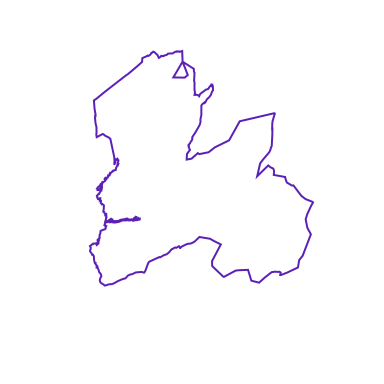 outline of Skien nor, Telemark, Norway, rotated 116°
{"feature_id": "86288312B28765776683305", "entity_name": "Skien nor", "entity_type": "district", "adm_level": 2, "iso_a3": "NOR", "parent_name": "Norway", "parent_adm1": "Telemark", "projection": "robinson", "projection_center": [9.524, 59.266], "detail": "fine", "context": "isolated", "style": "outline", "palette": "violet", "viewbox_px": 384, "rotation_deg": 116, "n_neighbors": 0, "source": "geoboundaries", "source_scale": "gbopen_adm2", "svg_char_len": 6055}
<svg xmlns="http://www.w3.org/2000/svg" viewBox="0 0 384 384"><g transform="rotate(116 192 192)"><path d="M245.6,99.9L245.5,98.9L244.1,92.0L236.8,89.0L230.6,86.0L228.8,85.0L228.2,83.7L227.4,82.9L226.3,80.1L225.3,78.3L225.6,77.0L228.0,76.3L227.8,75.8L222.8,71.2L213.4,63.7L206.2,65.8L200.8,64.6L177.9,66.6L174.0,72.1L172.9,73.2L166.6,77.9L161.5,78.7L152.1,78.9L148.4,78.6L148.0,79.3L148.6,86.7L147.5,92.1L141.6,103.7L142.4,105.0L141.9,110.8L140.2,112.8L137.7,114.9L140.8,126.0L137.4,127.3L135.7,128.7L135.3,129.6L135.4,132.4L134.7,135.1L149.3,140.3L136.4,143.3L132.2,142.5L122.4,140.0L120.0,140.0L117.3,140.5L115.7,140.5L105.1,145.0L100.2,147.3L100.4,147.5L95.9,149.6L93.2,150.6L84.4,152.1L84.8,152.2L107.5,180.1L129.3,181.3L141.8,191.0L149.0,194.5L154.8,202.1L154.5,203.8L162.2,207.0L165.2,211.0L160.0,213.2L155.1,212.3L153.3,214.4L152.8,214.6L152.6,214.9L151.9,215.1L152.1,215.3L151.3,215.8L149.0,215.1L147.2,215.2L146.2,214.8L144.1,215.0L142.6,215.8L136.5,215.0L128.2,214.5L125.6,215.0L124.5,215.4L123.7,216.0L120.3,217.0L119.0,217.2L110.1,221.5L108.5,221.2L107.1,220.6L106.3,220.2L106.7,219.8L106.5,219.6L104.5,219.2L102.4,219.3L99.0,218.0L96.1,217.6L93.5,218.0L91.4,217.7L87.9,219.6L88.2,220.1L86.6,220.8L86.9,221.8L88.3,221.7L89.4,222.3L92.2,222.6L94.0,224.4L99.8,227.4L100.3,227.6L102.8,227.6L102.3,228.8L102.6,230.6L103.2,231.4L103.6,232.3L101.9,232.6L98.4,234.9L92.7,237.6L91.1,238.9L83.7,242.0L83.1,242.9L80.5,244.4L79.0,257.6L69.6,262.6L71.2,264.3L71.5,264.9L71.3,265.3L72.1,266.3L72.1,266.7L72.6,267.3L72.4,267.5L73.7,268.8L75.8,270.0L78.2,274.3L79.6,274.7L80.4,275.4L81.3,276.6L82.3,277.1L82.4,277.8L83.0,278.2L83.1,279.3L85.1,279.9L86.0,280.6L84.0,283.1L82.8,287.0L82.9,288.4L84.2,288.8L84.6,289.4L86.6,289.6L88.2,290.4L89.0,291.1L88.9,291.7L90.4,292.7L93.4,295.3L97.1,293.9L103.6,296.6L114.0,301.2L116.6,302.7L140.9,314.6L150.3,318.9L152.7,320.3L159.9,316.1L165.0,312.4L166.0,312.6L166.2,312.3L166.0,312.1L166.2,311.9L167.6,311.8L168.2,311.5L172.4,308.9L175.6,306.3L180.3,303.9L182.3,303.2L184.5,301.7L179.0,297.7L179.0,296.6L179.5,294.8L179.5,290.4L179.8,289.9L180.0,288.7L194.7,277.2L198.1,275.3L197.9,274.7L197.5,274.4L195.8,274.4L195.9,273.8L194.9,273.5L195.1,273.2L195.8,273.3L195.8,272.0L199.8,271.1L199.4,270.5L200.7,270.4L200.7,270.7L203.6,270.8L205.8,270.2L206.4,271.3L207.2,271.6L207.3,272.0L208.0,272.2L207.9,272.5L210.1,273.1L210.4,273.5L210.8,273.5L210.8,274.0L211.9,274.0L212.4,273.4L213.0,273.4L213.0,273.7L213.7,273.9L213.7,274.1L214.6,274.2L214.5,274.5L215.4,274.2L215.4,274.5L217.9,274.6L217.2,276.0L217.6,276.2L218.7,276.3L219.2,275.4L220.3,275.0L222.0,276.0L221.9,276.3L222.2,276.9L222.7,276.9L223.8,276.7L223.6,276.3L225.3,276.1L225.3,276.4L224.6,276.7L224.5,277.2L225.1,277.3L225.1,277.6L227.8,277.6L227.8,278.1L228.4,278.5L230.6,278.9L230.6,277.8L231.6,277.7L231.3,276.8L230.4,276.8L230.3,276.2L229.8,276.0L226.2,276.0L226.2,275.7L226.7,275.7L226.9,275.0L230.0,274.2L229.8,275.0L230.2,275.1L230.2,274.8L231.6,274.6L234.4,274.7L234.4,275.0L237.1,275.8L237.3,275.3L237.9,275.2L238.2,274.7L238.6,274.7L239.1,273.6L239.6,273.3L239.4,272.6L238.0,272.1L237.8,271.7L239.1,271.3L238.8,271.2L240.5,270.0L240.3,269.8L241.9,269.2L242.0,268.4L242.4,268.0L242.1,267.9L242.1,267.4L242.6,265.3L246.7,263.6L248.1,263.3L248.3,262.7L248.7,262.7L248.7,261.9L249.2,261.6L249.5,260.5L250.5,260.0L249.8,259.6L250.3,259.3L250.0,259.1L251.3,258.4L252.7,258.0L252.6,257.7L256.2,257.1L255.4,255.3L253.2,254.0L252.7,253.5L252.1,253.4L251.7,253.0L251.8,252.9L251.6,252.9L251.6,251.7L252.2,251.7L252.2,251.0L252.4,250.4L252.3,249.4L251.6,247.8L250.1,245.2L248.4,244.2L246.1,240.8L245.1,239.7L245.0,239.2L244.5,239.1L244.3,238.6L244.5,238.5L244.5,237.9L243.9,235.2L242.9,234.2L242.6,233.3L241.9,232.6L241.5,232.6L241.0,232.1L240.5,232.4L240.1,231.7L239.0,231.8L238.9,231.3L240.6,231.5L241.3,231.9L242.0,231.7L241.2,230.4L240.3,229.9L240.1,230.0L240.3,230.2L239.9,230.1L239.6,229.5L239.7,229.2L238.9,228.8L239.0,228.6L239.5,228.7L239.3,228.1L239.6,228.0L238.9,227.2L239.6,226.9L240.1,227.5L240.1,228.2L241.1,228.6L242.3,230.7L243.7,232.3L243.5,233.4L245.4,236.6L245.5,237.5L246.2,238.7L246.6,239.0L247.5,241.2L249.2,243.2L250.8,244.5L252.9,247.3L254.0,249.5L253.9,250.5L254.9,252.0L253.4,252.2L253.5,252.8L254.5,253.5L254.8,253.4L256.1,254.6L257.6,256.7L260.0,256.2L259.9,255.9L260.2,255.9L260.7,254.7L260.3,254.5L260.2,254.2L262.2,254.0L262.7,253.6L263.7,253.9L264.6,255.0L267.1,257.1L269.7,256.2L270.9,256.3L271.2,256.0L272.8,255.6L273.4,255.0L273.9,255.1L273.9,254.9L274.9,254.8L276.0,255.9L276.4,255.9L276.6,255.8L276.4,255.6L276.6,255.1L277.1,255.1L277.1,254.7L277.8,254.7L277.5,254.4L277.9,254.4L277.9,254.2L278.3,254.1L278.6,253.7L279.4,253.5L281.4,254.4L281.0,254.8L280.5,254.8L279.7,255.2L280.3,255.9L280.5,255.8L281.6,258.1L282.3,258.1L282.9,258.9L284.2,259.3L285.3,260.0L286.2,258.8L287.7,258.1L289.5,257.9L289.9,257.7L290.6,256.6L291.1,255.3L292.2,254.2L291.8,253.4L292.3,252.6L293.5,251.6L295.6,250.5L297.9,248.7L298.3,248.0L298.2,247.7L298.6,247.7L298.6,247.3L299.1,247.0L299.6,245.8L300.8,245.1L300.3,245.0L300.2,244.5L302.0,243.2L302.4,242.4L304.8,240.2L305.4,238.7L306.4,237.3L307.6,236.5L308.5,236.7L311.0,236.4L311.9,236.1L313.0,235.2L313.7,233.8L313.9,230.9L314.4,229.6L313.8,228.6L311.5,226.3L309.8,223.5L307.9,221.8L304.9,219.8L301.1,216.6L300.5,215.8L300.1,215.7L298.9,214.0L295.1,212.9L293.0,211.1L292.1,209.8L288.9,207.2L285.9,202.2L285.6,199.9L285.5,199.7L285.1,199.5L283.2,199.4L275.2,200.2L273.4,199.9L265.0,193.0L264.7,192.6L264.8,192.1L260.7,189.3L259.9,188.2L258.9,187.4L256.7,186.3L252.4,185.2L251.2,184.1L249.8,183.4L249.1,182.5L249.2,182.1L248.9,181.5L246.5,180.1L246.5,179.7L247.6,178.2L247.4,177.9L245.8,177.5L241.2,173.9L239.8,172.2L239.1,170.8L237.6,169.4L235.4,167.9L229.2,165.6L226.1,155.2L226.4,151.4L226.5,143.1L245.3,143.7L249.7,141.4L254.4,126.8L254.3,126.1L243.5,118.3L241.9,115.8L237.4,107.5L245.6,99.9ZM79.0,257.6L88.7,247.1L92.4,248.7L97.2,259.0L79.0,257.6ZM201.7,273.8L199.1,273.9L199.1,274.2L199.5,274.2L199.3,274.7L199.5,274.7L201.7,273.8Z" fill="none" stroke="#5b21b6" stroke-width="2"/></g></svg>